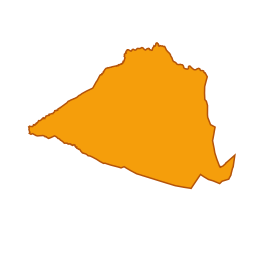 outline of Santa Cruz Itundujia, Oaxaca, Mexico, rotated 256°
{"feature_id": "50627088B33847319149889", "entity_name": "Santa Cruz Itundujia", "entity_type": "district", "adm_level": 2, "iso_a3": "MEX", "parent_name": "Mexico", "parent_adm1": "Oaxaca", "projection": "albers", "projection_center": [-97.652, 16.757], "detail": "fine", "context": "isolated", "style": "filled", "palette": "amber", "viewbox_px": 256, "rotation_deg": 256, "n_neighbors": 0, "source": "geoboundaries", "source_scale": "gbopen_adm2", "svg_char_len": 5666}
<svg xmlns="http://www.w3.org/2000/svg" viewBox="0 0 256 256"><g transform="rotate(256 128 128)"><path d="M163.0,215.6L163.5,215.3L164.9,215.2L165.2,215.0L165.8,213.9L166.2,212.4L166.5,212.2L168.1,211.9L168.5,211.4L168.8,210.9L168.7,209.6L168.6,209.0L168.2,208.2L168.2,207.6L168.5,206.5L168.9,205.9L169.3,205.6L169.7,205.3L170.0,205.1L171.0,204.3L173.0,203.2L173.2,202.9L173.2,202.0L173.0,201.7L172.5,201.4L171.6,201.2L171.1,200.9L170.8,200.1L170.8,199.6L170.9,199.4L171.3,198.8L171.6,198.0L172.4,197.0L173.3,196.7L174.4,196.8L175.4,196.5L176.2,196.0L176.7,194.7L177.1,194.2L177.2,192.9L177.2,192.7L177.4,192.1L177.9,191.2L178.4,190.8L179.8,190.2L181.0,189.0L181.4,188.4L182.6,187.8L185.5,187.6L187.5,186.9L188.1,186.8L188.7,186.9L190.3,186.4L192.2,185.2L194.3,184.1L197.6,183.5L198.3,183.2L198.4,182.2L198.5,182.0L199.2,181.5L199.4,180.5L200.2,179.0L200.1,178.8L199.8,178.4L200.0,177.8L200.5,177.5L201.2,177.6L201.6,177.8L202.4,177.6L203.0,177.0L203.3,177.0L203.6,176.7L203.5,175.9L203.0,175.4L201.7,174.8L200.9,174.1L201.0,173.4L201.5,173.1L200.9,172.6L200.4,172.5L200.1,171.9L199.6,171.3L198.6,170.7L198.1,170.6L197.7,170.3L197.6,169.9L197.7,169.5L198.4,168.7L198.7,168.0L199.3,167.7L199.7,167.7L199.9,167.8L200.3,167.3L200.3,165.9L200.1,165.4L200.1,165.1L199.4,164.0L199.5,163.8L200.0,163.1L200.8,162.5L201.7,162.2L202.5,161.3L202.7,160.9L202.2,158.8L202.4,158.1L202.9,156.6L202.9,156.2L201.9,154.6L201.8,153.6L203.1,152.2L203.1,151.2L202.0,150.0L201.9,149.4L202.5,148.7L203.8,147.3L204.1,146.2L203.3,145.7L203.3,145.2L202.2,144.2L201.2,144.4L201.1,144.2L201.5,143.8L200.9,143.3L200.4,142.3L199.1,142.2L198.7,141.7L198.4,141.6L197.7,141.9L197.0,142.1L196.5,141.9L195.7,141.3L194.0,140.5L194.0,139.5L193.8,139.3L193.0,139.4L193.0,139.0L192.5,138.6L191.9,138.4L191.8,138.0L191.9,137.3L192.1,137.1L192.0,136.9L191.5,136.8L191.5,136.3L191.6,136.0L191.5,135.6L191.6,134.9L191.3,134.7L191.4,134.4L191.6,134.5L191.7,134.3L191.5,133.7L190.8,133.3L191.2,132.2L190.8,131.6L191.1,131.2L191.2,128.3L191.3,127.3L191.0,126.6L191.2,125.6L191.1,123.5L191.4,123.1L191.2,122.6L191.2,121.2L190.6,120.2L190.3,119.8L189.6,119.0L189.5,118.9L189.1,118.6L188.8,118.1L188.7,117.8L188.0,117.8L187.5,117.1L187.3,116.7L187.2,116.3L187.1,115.8L186.8,115.7L186.5,115.7L186.4,115.6L186.2,115.6L186.2,115.3L186.1,115.0L186.2,114.7L186.3,114.2L186.2,114.0L186.0,113.7L185.7,113.3L185.2,112.9L184.7,112.5L184.4,112.1L184.1,111.9L183.7,111.6L183.1,111.0L182.8,110.8L181.2,109.3L180.4,108.3L176.2,104.4L175.2,103.4L174.9,102.0L173.9,96.9L172.5,91.6L171.7,89.8L171.4,88.3L170.1,85.8L169.5,83.1L169.5,82.8L169.5,82.4L169.3,81.6L169.2,80.9L169.1,80.1L169.0,79.3L168.6,78.0L168.4,77.2L168.5,76.7L168.3,76.3L168.1,76.0L167.9,75.8L167.8,75.7L167.0,74.4L166.8,73.8L164.3,67.7L164.3,67.3L164.0,67.2L163.8,66.0L163.6,65.4L163.4,64.7L163.2,64.5L162.6,64.3L162.3,64.1L162.2,63.7L162.6,62.9L162.2,62.6L162.5,61.8L162.5,61.1L161.9,60.8L161.3,60.4L160.9,59.3L160.1,58.5L160.4,57.4L160.2,55.5L160.5,54.9L159.9,54.3L159.4,54.6L159.3,54.4L159.5,53.6L159.4,51.3L158.6,50.8L158.2,50.0L157.3,49.5L157.6,49.0L158.5,48.3L158.4,48.0L157.7,47.9L157.5,47.7L157.7,47.1L157.6,46.7L156.9,45.6L156.6,45.1L156.4,44.1L156.8,43.2L156.6,42.9L156.0,42.4L155.5,41.9L155.3,41.5L155.1,41.4L154.9,41.1L155.0,40.4L154.4,40.2L154.2,40.0L154.3,39.4L154.0,38.7L153.5,38.5L153.3,38.3L153.6,37.9L153.9,37.3L153.5,37.3L153.5,37.1L153.5,36.8L152.5,35.8L152.8,34.7L152.9,34.3L153.0,34.0L153.2,33.6L153.3,33.4L153.3,33.2L153.2,32.6L153.4,32.6L153.1,31.9L152.2,32.1L151.4,31.9L150.5,31.5L150.1,31.6L149.1,31.5L147.6,31.8L146.8,30.9L145.4,32.3L145.6,34.1L142.9,37.0L142.4,37.9L142.2,38.4L141.7,41.4L141.6,41.7L141.3,43.6L140.2,45.3L139.7,45.3L139.2,46.4L139.2,46.7L138.8,46.8L138.4,47.1L138.1,47.4L137.1,48.4L137.3,50.4L137.9,53.6L138.1,54.7L138.1,54.8L137.1,56.0L136.0,56.9L135.2,57.3L134.8,57.5L134.5,58.1L133.9,58.9L132.8,59.4L132.5,59.6L132.0,60.2L130.0,61.8L128.8,62.4L128.7,62.7L128.5,62.9L128.4,63.9L128.1,64.6L128.1,64.9L128.0,65.2L127.8,65.3L127.7,65.5L127.4,65.6L127.2,65.7L127.1,66.1L126.8,66.3L126.8,66.5L126.8,66.8L126.8,67.2L126.6,67.3L126.6,67.5L126.6,67.8L126.5,68.2L126.4,68.5L126.0,68.5L125.6,68.7L125.3,68.9L125.3,69.1L125.4,69.3L125.3,69.5L125.0,69.7L124.6,69.9L124.5,70.1L124.7,70.3L124.8,70.5L124.6,70.7L124.6,70.8L124.7,71.0L124.9,71.5L124.4,72.1L124.2,72.4L123.8,72.4L123.5,72.2L123.3,72.3L123.1,72.3L122.7,72.4L122.4,72.5L122.2,72.6L122.2,72.9L122.0,73.1L122.0,73.3L121.7,73.1L121.4,73.3L121.1,73.6L120.8,73.7L120.7,73.6L120.2,74.2L119.9,74.6L119.6,74.7L119.1,75.2L118.9,76.0L116.8,76.7L114.8,77.8L114.7,78.2L114.2,78.8L113.9,79.5L113.6,79.8L113.3,80.5L112.8,81.0L111.9,81.9L110.8,82.5L109.9,84.6L108.1,86.8L105.2,90.0L102.2,92.8L99.6,95.7L99.4,97.2L98.3,98.9L96.1,102.5L92.4,109.3L91.0,111.6L91.4,114.9L89.3,116.9L86.1,120.2L81.5,125.3L79.5,128.7L78.1,130.9L77.4,132.1L77.1,132.6L76.8,133.1L75.8,134.7L75.1,136.0L74.9,136.2L73.4,138.7L72.3,140.5L64.9,152.7L63.8,154.6L61.3,158.7L60.6,159.9L56.9,168.1L55.2,172.2L54.6,173.7L54.1,174.6L65.4,187.1L62.5,189.7L58.6,193.6L56.2,197.7L51.9,203.5L53.6,206.4L54.0,213.4L55.1,214.3L56.5,215.6L57.5,216.5L58.9,217.1L61.3,218.4L62.1,218.8L64.0,219.9L64.8,220.6L75.8,225.1L71.1,216.0L70.3,214.3L69.9,214.2L68.0,210.6L67.9,209.2L67.5,208.4L67.5,208.2L67.8,208.2L68.1,208.1L68.3,208.1L68.3,207.6L76.5,206.6L76.8,206.6L83.0,206.2L83.6,206.3L84.2,206.3L86.1,206.5L95.3,207.0L95.7,207.2L97.6,208.1L102.9,210.5L103.0,210.5L107.8,212.7L111.3,208.9L119.0,207.9L121.6,208.3L130.6,210.6L134.9,210.5L135.4,210.3L137.0,209.4L143.4,210.7L149.6,212.4L154.4,215.0L158.5,217.3L162.3,216.3L162.7,216.3L162.9,215.9L163.0,215.8L163.0,215.6Z" fill="#f59e0b" stroke="#b45309" stroke-width="1.5"/></g></svg>